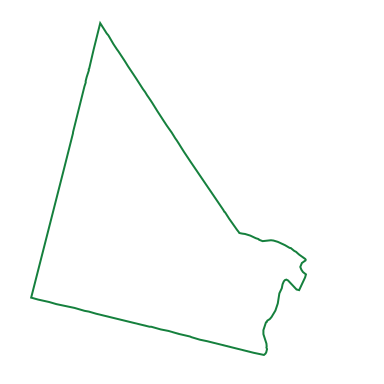 San Benito, Petén, Guatemala (Robinson projection), rotated 14°
{"feature_id": "79465075B93827188855866", "entity_name": "San Benito", "entity_type": "district", "adm_level": 2, "iso_a3": "GTM", "parent_name": "Guatemala", "parent_adm1": "Petén", "projection": "robinson", "projection_center": [-90.016, 16.973], "detail": "fine", "context": "isolated", "style": "outline", "palette": "green", "viewbox_px": 384, "rotation_deg": 14, "n_neighbors": 0, "source": "geoboundaries", "source_scale": "gbopen_adm2", "svg_char_len": 1520}
<svg xmlns="http://www.w3.org/2000/svg" viewBox="0 0 384 384"><g transform="rotate(14 192 192)"><path d="M307.5,224.9L305.4,224.4L301.4,222.5L300.2,222.6L295.1,221.1L287.3,219.6L282.8,219.4L280.3,219.7L272.4,222.6L268.6,222.1L268.0,221.6L265.1,221.4L259.1,220.2L253.6,219.9L250.9,220.2L249.0,220.3L247.8,220.3L247.1,219.6L244.8,217.8L234.6,209.0L228.9,203.6L228.2,203.4L226.7,201.8L183.4,163.1L174.4,154.9L169.2,149.9L168.3,149.0L164.7,145.6L162.7,143.9L158.0,139.3L155.1,136.8L151.4,133.6L147.6,130.1L138.7,121.8L131.6,114.9L127.1,110.8L125.0,109.0L122.4,106.4L119.5,104.0L110.5,95.5L99.3,85.3L95.2,81.3L86.4,73.2L84.7,71.8L80.1,67.6L72.9,60.2L70.9,58.8L62.1,50.4L62.1,77.8L62.4,97.1L62.1,97.9L62.5,98.9L62.0,106.0L62.0,110.3L62.2,110.8L62.4,111.5L62.1,115.4L62.1,162.7L62.3,163.8L62.2,200.1L61.5,333.4L68.7,333.6L80.1,333.3L87.5,333.6L106.1,332.9L116.5,333.3L120.8,333.0L128.4,333.3L183.3,333.0L185.0,332.6L194.9,332.9L202.7,332.5L213.7,332.9L225.0,332.7L226.7,333.0L235.4,333.4L242.9,333.1L290.6,333.1L301.2,332.7L302.3,331.2L302.8,329.7L302.8,326.3L301.8,324.8L301.8,323.7L300.9,321.1L295.7,312.7L294.7,308.8L295.3,300.6L295.9,300.2L296.2,298.6L298.2,296.5L299.4,294.1L301.6,286.9L302.2,279.4L301.3,269.2L302.4,263.7L302.2,259.6L302.7,256.6L303.4,255.1L304.7,254.2L306.6,254.6L317.0,261.3L319.7,261.3L321.1,254.1L322.4,247.5L322.5,244.4L319.0,242.8L316.9,240.9L315.2,238.5L315.8,234.3L318.7,230.9L318.7,230.2L318.1,229.6L311.5,227.0L309.3,225.9L307.5,224.9Z" fill="none" stroke="#15803d" stroke-width="2"/></g></svg>